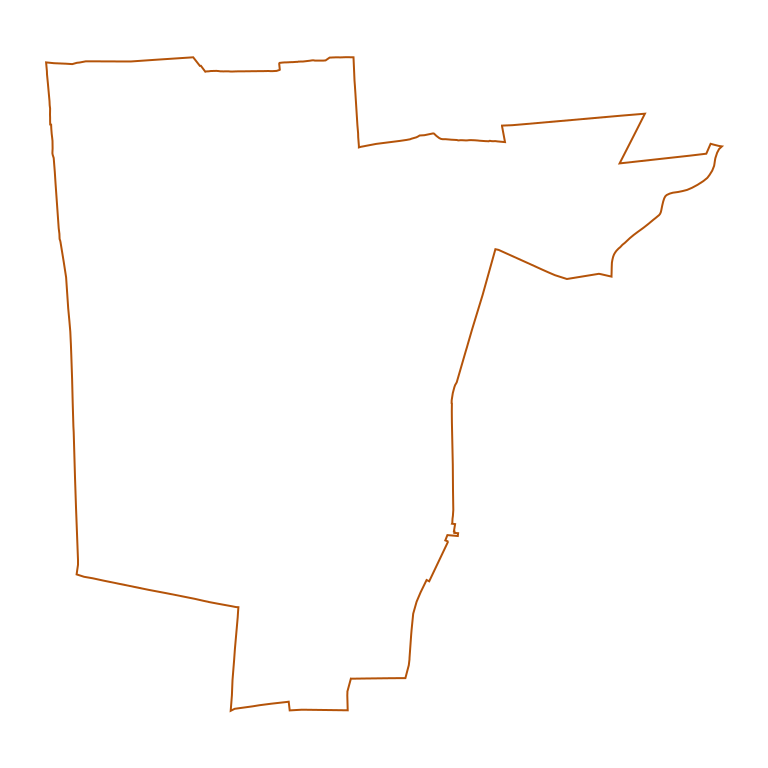 outline of Tulucesti, Galati, Romania
{"feature_id": "2599482B61221662253348", "entity_name": "Tulucesti", "entity_type": "district", "adm_level": 2, "iso_a3": "ROU", "parent_name": "Romania", "parent_adm1": "Galati", "projection": "albers", "projection_center": [28.035, 45.59], "detail": "fine", "context": "isolated", "style": "outline", "palette": "amber", "viewbox_px": 768, "rotation_deg": 0, "n_neighbors": 0, "source": "geoboundaries", "source_scale": "gbopen_adm2", "svg_char_len": 4012}
<svg xmlns="http://www.w3.org/2000/svg" viewBox="0 0 768 768"><path d="M611.5,276.6L611.5,275.7L611.6,272.5L611.7,267.8L611.9,262.7L612.4,259.8L613.1,256.9L614.0,254.5L615.1,252.6L616.4,250.8L618.6,248.5L620.2,247.2L622.4,244.8L624.9,242.8L626.7,241.1L629.9,238.1L633.5,235.1L637.9,231.8L643.7,227.6L648.4,223.9L653.3,219.8L655.6,218.0L657.4,216.5L659.1,215.1L660.1,213.8L660.8,212.2L661.3,210.2L662.2,205.7L663.2,201.5L664.2,198.4L665.3,196.3L666.7,195.0L669.7,193.6L672.9,192.7L678.0,192.0L682.4,191.1L687.1,189.9L692.0,187.8L697.4,184.9L703.2,181.2L707.3,177.9L709.5,175.0L712.2,170.7L714.1,165.9L714.5,163.5L715.0,160.1L715.4,158.0L716.2,155.6L717.1,152.8L719.1,149.0L721.9,146.4L720.5,146.2L718.7,145.9L714.7,144.9L710.6,143.8L706.3,153.7L689.5,155.7L682.2,156.5L619.6,163.4L631.0,141.1L636.8,129.7L644.9,113.7L621.9,115.6L524.0,124.2L512.2,125.2L502.0,125.6L502.0,126.0L505.0,142.1L497.4,141.4L495.3,141.1L493.5,141.2L492.4,141.2L491.8,141.1L491.3,141.1L489.9,140.8L489.3,140.9L488.8,141.3L487.4,141.2L485.0,141.1L479.4,140.7L477.7,140.5L475.1,140.3L473.0,140.2L470.5,140.1L468.8,140.2L467.0,140.4L465.6,140.4L463.8,140.3L462.0,140.2L460.4,140.2L458.2,140.4L456.9,140.0L451.4,139.7L445.7,139.2L445.1,139.2L442.7,139.2L441.0,138.9L439.3,138.1L436.4,135.9L434.0,133.6L433.1,133.4L424.4,135.2L419.6,135.5L418.2,136.4L416.4,137.3L411.5,138.7L410.0,139.3L408.2,139.6L406.7,139.9L399.9,140.9L376.2,143.9L365.1,146.0L364.2,146.2L360.9,146.8L358.9,147.4L358.9,146.0L358.2,137.1L358.1,133.3L357.4,125.1L356.0,102.9L355.4,93.3L354.9,85.8L354.5,80.5L354.2,73.3L353.5,57.3L347.8,57.2L345.6,57.2L340.5,57.4L336.6,57.3L329.6,57.6L325.6,60.4L323.3,60.6L314.8,60.6L313.7,60.3L312.4,60.3L311.2,60.5L310.0,60.7L303.2,61.5L298.5,61.6L297.4,61.9L296.2,61.9L295.8,61.9L293.1,62.1L289.7,62.2L288.5,62.3L286.0,62.4L284.7,62.4L282.1,62.6L279.6,62.9L279.4,63.1L279.2,63.8L279.8,69.7L279.7,69.9L276.6,70.9L273.1,71.1L271.5,71.1L270.1,71.1L268.3,71.0L264.0,71.1L253.5,71.2L245.1,71.3L240.4,71.3L235.6,71.4L233.3,71.5L230.3,71.5L228.2,71.3L225.8,71.3L225.1,71.3L223.8,71.4L223.0,71.4L222.1,71.3L221.1,71.3L220.2,71.3L219.5,71.2L218.7,71.1L218.1,71.0L217.6,71.0L216.7,70.9L215.6,70.9L211.7,71.0L210.9,71.0L208.8,71.3L206.8,71.4L205.8,71.5L205.3,71.7L200.9,65.8L199.9,65.9L193.2,57.3L156.6,59.7L130.5,61.5L85.9,61.3L79.7,62.5L76.9,62.8L72.3,64.1L65.8,63.7L54.0,63.2L46.1,62.4L46.5,66.8L46.9,71.2L47.0,74.3L47.9,83.5L49.5,101.1L49.7,105.3L50.1,108.5L50.0,114.8L50.1,117.7L50.1,120.5L50.2,124.5L51.1,124.6L51.3,128.8L51.7,133.9L52.1,137.2L52.5,140.9L52.6,148.4L52.5,150.7L52.4,153.2L52.7,154.9L53.7,158.0L54.8,172.0L55.5,182.9L56.3,194.2L58.7,228.2L59.4,233.8L59.6,239.0L60.2,240.7L60.5,242.1L63.7,261.7L66.1,277.3L68.2,308.3L69.4,321.1L70.3,331.7L70.9,344.5L71.3,355.4L72.1,379.0L72.7,402.8L73.4,426.5L73.7,432.2L75.0,477.3L76.0,507.3L78.0,560.0L78.0,564.8L76.6,574.4L84.1,576.8L92.8,578.3L103.4,580.6L148.9,589.9L166.9,593.3L194.6,598.8L204.3,601.0L208.2,601.8L208.8,602.0L217.3,603.6L232.1,606.3L235.1,606.9L236.4,607.1L238.4,607.2L238.1,611.0L237.7,617.4L236.7,628.7L234.9,649.1L234.1,660.3L232.5,680.2L231.9,695.3L230.7,710.8L234.7,708.8L252.9,706.3L259.6,705.2L271.3,703.7L286.5,702.0L288.7,701.7L289.7,710.4L302.0,709.7L347.7,710.3L347.3,695.4L347.4,692.9L347.4,691.5L350.9,678.6L351.4,678.7L365.5,678.5L390.9,678.2L405.4,678.1L407.6,669.7L408.8,665.2L409.5,659.2L409.5,658.3L409.9,652.6L411.2,634.4L411.6,629.7L413.2,613.7L416.6,601.7L420.6,592.3L426.6,580.0L429.2,581.3L447.8,542.2L447.6,541.3L445.3,540.4L447.4,535.1L457.8,536.0L458.1,533.2L454.3,532.9L454.5,531.5L453.9,531.4L455.1,524.1L452.0,523.7L452.3,522.9L452.5,518.8L452.9,515.9L453.3,510.0L453.0,489.9L452.8,464.8L451.9,422.3L451.8,411.3L451.9,403.4L451.6,403.2L451.7,400.1L452.8,393.1L454.3,387.4L455.1,385.1L456.7,382.4L465.8,351.0L466.9,347.4L467.8,344.2L472.0,329.7L472.7,327.4L482.6,295.0L495.4,249.2L498.6,249.9L527.0,262.7L542.4,269.7L548.7,272.5L555.0,275.2L566.9,279.0L598.9,273.8L601.0,274.2L611.5,276.6Z" fill="none" stroke="#b45309" stroke-width="2"/></svg>